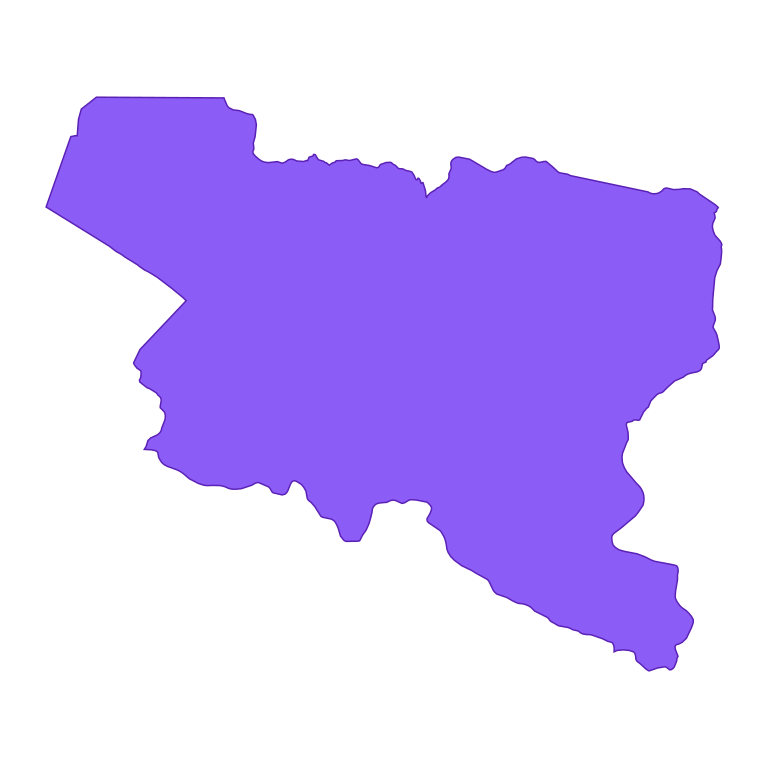 Sulaco, Yoro, Honduras
{"feature_id": "27666195B65323297642251", "entity_name": "Sulaco", "entity_type": "district", "adm_level": 2, "iso_a3": "HND", "parent_name": "Honduras", "parent_adm1": "Yoro", "projection": "orthographic", "projection_center": [-87.263, 14.959], "detail": "fine", "context": "isolated", "style": "filled", "palette": "violet", "viewbox_px": 768, "rotation_deg": 0, "n_neighbors": 0, "source": "geoboundaries", "source_scale": "gbopen_adm2", "svg_char_len": 6122}
<svg xmlns="http://www.w3.org/2000/svg" viewBox="0 0 768 768"><path d="M614.1,651.8L617.3,650.4L623.5,649.9L628.9,650.4L633.5,651.8L634.8,653.2L635.6,656.0L635.9,659.3L636.9,661.2L640.2,663.7L645.9,669.0L648.7,670.8L649.4,670.8L657.5,668.0L664.8,666.8L666.4,667.2L669.4,669.7L671.1,669.7L672.9,668.6L674.2,667.1L676.0,662.7L676.7,660.8L677.0,658.2L678.0,656.3L675.4,649.5L675.0,647.1L675.4,645.6L676.3,644.7L678.8,644.0L682.2,642.3L686.4,638.3L691.5,627.6L693.2,622.8L693.3,619.7L691.5,616.4L689.2,613.6L686.2,610.6L682.2,607.9L679.8,605.6L677.1,601.8L675.5,598.6L675.2,596.0L675.6,590.9L677.5,579.7L677.5,574.9L678.2,571.3L677.9,568.2L677.0,566.2L676.2,565.6L674.1,565.0L654.7,561.3L650.8,559.8L645.4,557.0L637.1,553.8L624.6,551.4L619.0,549.8L615.4,547.5L613.1,545.0L612.1,541.8L611.7,537.3L612.3,535.3L614.0,533.3L621.2,527.9L635.5,515.8L638.2,512.4L643.0,505.3L643.8,501.6L644.0,498.3L643.7,495.1L642.9,492.2L641.4,489.2L639.7,486.6L636.1,482.9L626.6,471.7L624.3,467.7L622.5,462.9L622.0,457.1L622.5,453.3L626.7,442.5L628.0,440.1L628.3,439.0L628.1,432.6L626.3,425.1L626.6,423.0L627.7,422.3L631.9,421.4L634.0,420.0L635.6,419.9L638.1,420.3L639.6,420.0L643.6,412.0L646.5,408.5L648.3,407.1L650.8,400.9L656.9,394.6L658.8,393.5L662.0,392.5L663.2,391.7L667.6,387.2L674.6,381.0L683.2,377.2L685.8,375.2L688.3,373.9L691.1,373.1L696.1,372.1L698.4,371.4L699.9,370.5L700.9,369.5L701.5,368.4L702.6,363.5L706.0,362.0L706.3,360.6L706.9,359.9L713.0,355.6L716.4,351.6L718.4,349.7L719.2,348.3L719.3,346.9L719.0,344.3L717.0,335.2L716.0,332.7L713.1,327.5L713.3,325.7L715.2,320.6L715.4,318.5L714.9,316.1L712.5,310.0L712.8,298.9L714.8,277.5L717.0,270.6L720.3,264.1L721.0,259.3L721.6,252.7L721.6,249.4L721.1,246.7L721.9,244.9L721.4,243.3L720.1,241.0L715.7,236.1L714.6,234.5L713.2,230.8L712.4,227.0L712.7,223.7L715.1,218.1L715.0,216.5L714.2,212.7L715.5,212.2L716.4,211.5L717.0,209.3L718.3,207.6L717.9,207.1L715.6,205.0L699.4,194.0L697.2,191.9L690.3,188.9L683.2,188.7L679.9,189.3L673.6,189.6L667.6,188.2L665.8,188.0L663.8,188.8L661.7,191.1L658.7,193.0L656.3,193.6L652.9,193.8L650.2,193.1L647.9,191.9L570.4,175.6L567.6,174.2L559.7,172.8L558.0,171.9L552.8,167.0L546.1,161.4L543.7,161.5L539.8,162.4L538.4,162.3L536.6,161.6L534.9,159.7L533.2,158.5L525.3,157.0L521.4,157.3L516.4,158.9L509.5,164.3L506.6,165.5L505.2,168.0L503.5,169.6L496.9,171.9L494.5,172.4L491.7,171.7L487.0,169.5L469.6,159.2L458.8,157.1L457.0,157.2L455.6,157.5L452.8,159.5L451.7,160.8L451.1,161.9L450.8,164.0L451.3,168.3L448.9,173.7L449.0,177.0L448.5,178.8L447.9,179.9L446.1,181.8L442.2,184.8L439.7,187.1L437.3,188.0L435.2,189.9L430.5,192.8L427.2,196.0L426.8,197.3L426.5,197.4L426.2,197.2L426.0,196.2L425.5,190.8L423.1,183.0L422.9,182.6L422.4,182.7L421.4,183.4L421.1,183.3L420.5,181.2L418.9,178.4L418.1,178.2L417.3,179.5L416.7,179.8L416.2,179.6L415.3,178.4L414.5,176.3L413.1,173.8L411.8,172.0L410.4,171.4L405.8,170.4L402.9,168.9L398.6,168.6L395.3,165.3L392.8,164.1L391.6,162.8L390.6,162.3L386.2,162.5L381.0,164.3L380.1,164.8L379.3,166.4L378.6,167.1L377.6,167.6L376.4,167.7L369.5,165.5L362.2,164.3L360.8,163.3L358.0,159.6L357.0,159.0L356.2,158.9L350.1,160.4L348.5,160.4L345.4,159.8L342.6,160.5L336.5,160.7L336.0,160.9L335.2,162.0L331.9,163.2L329.3,165.2L326.4,162.8L324.9,162.4L323.6,161.3L318.9,159.9L317.5,158.5L315.4,154.8L314.1,154.4L313.5,154.5L313.1,155.9L309.1,157.2L307.6,160.7L306.2,160.5L303.9,161.5L296.8,161.0L293.9,159.6L291.2,159.1L288.6,159.7L285.0,162.2L282.6,163.1L281.1,162.9L277.4,161.6L268.5,162.6L264.9,162.2L262.1,161.3L259.1,159.4L255.3,156.1L253.5,154.0L252.9,152.6L252.9,151.1L253.7,149.6L253.9,148.5L253.3,143.1L255.1,136.7L256.4,124.8L255.4,119.4L253.8,116.3L252.9,114.9L252.1,114.5L249.7,114.3L246.6,113.5L239.2,110.6L233.3,109.9L229.4,108.0L228.2,107.0L227.2,105.7L224.6,99.7L224.0,97.9L96.4,97.2L81.3,109.1L78.5,119.3L77.2,135.8L75.3,135.7L70.8,136.6L46.1,207.0L109.2,246.1L115.9,251.3L121.1,254.2L125.2,257.2L137.2,264.6L139.8,266.7L144.4,269.9L148.5,271.9L157.0,277.1L171.2,287.9L182.8,297.4L186.2,300.7L140.0,349.5L133.7,362.6L133.7,363.3L134.4,364.8L136.9,368.1L140.4,370.5L140.9,371.1L141.1,373.8L140.8,376.9L140.5,378.1L139.4,380.3L139.9,382.1L147.0,387.7L150.0,388.9L156.4,392.9L158.2,395.4L159.5,396.3L160.5,397.6L161.0,398.8L161.2,400.5L160.2,406.4L160.3,407.8L164.1,411.7L164.8,412.9L165.3,415.2L165.3,417.8L164.7,420.5L161.8,427.9L161.2,430.4L160.5,431.8L159.2,433.4L157.3,434.9L150.7,437.9L147.9,440.6L146.1,446.5L144.3,449.4L151.2,449.8L154.3,450.4L156.5,451.1L157.8,452.6L158.6,457.0L159.2,458.6L161.6,462.3L163.8,464.4L167.2,466.3L176.6,469.7L179.6,471.1L182.7,473.1L189.4,478.8L198.5,483.5L203.8,485.2L207.0,485.6L213.4,485.4L220.5,485.6L224.6,486.6L228.2,488.2L230.5,488.9L232.6,489.2L236.5,489.2L241.6,488.6L251.6,485.3L255.7,483.0L257.4,482.6L258.7,482.6L268.6,486.9L270.1,488.5L272.1,492.0L273.1,492.8L282.1,494.9L285.0,494.2L286.8,492.5L287.8,490.8L290.8,483.4L292.2,481.5L293.1,481.0L294.2,480.7L296.4,481.3L301.4,484.4L303.8,487.3L305.9,491.0L307.4,498.9L308.8,500.6L311.2,502.5L314.8,506.6L320.8,516.2L322.4,517.2L331.3,519.1L333.4,520.3L334.9,521.6L336.4,524.2L338.1,527.9L340.5,536.1L343.6,540.0L344.8,540.9L346.4,541.4L357.3,541.2L359.1,541.0L359.9,540.4L362.4,535.4L366.2,530.0L369.1,523.4L370.7,517.7L372.0,512.3L372.3,509.5L373.0,507.4L374.6,505.3L376.4,503.9L379.4,503.0L386.9,502.3L390.1,500.7L392.8,500.1L395.3,500.4L402.0,503.4L404.4,502.9L409.1,500.1L411.4,499.7L416.1,500.0L426.8,502.1L428.3,503.2L430.5,505.6L431.3,507.1L431.6,508.7L431.1,510.7L429.9,513.7L427.0,518.7L427.0,519.9L427.3,521.2L428.8,522.9L440.0,530.5L441.3,532.1L443.8,536.4L445.0,539.2L446.1,543.5L446.9,549.1L448.1,552.4L450.7,556.5L454.4,560.3L461.7,565.7L471.9,570.6L475.3,572.8L487.2,579.4L488.3,580.5L489.2,581.8L493.4,590.6L495.0,592.5L496.9,594.1L506.6,597.4L512.9,601.0L516.7,602.8L519.1,603.5L522.0,603.7L525.0,604.4L528.8,605.9L531.0,607.4L534.6,611.0L546.7,617.1L548.2,618.1L550.5,621.2L558.6,625.8L568.0,627.5L570.4,628.4L572.4,629.6L578.5,631.1L580.3,632.7L582.6,633.9L586.0,634.5L590.8,634.7L602.2,638.6L607.7,641.3L611.9,642.4L613.0,643.7L613.9,646.1L614.2,648.3L614.1,651.8Z" fill="#8b5cf6" stroke="#5b21b6" stroke-width="1.5"/></svg>